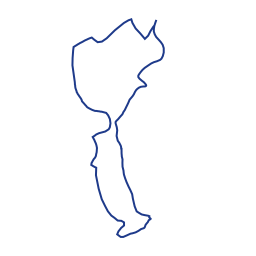 Monchy/Careffe, Gros Islet, Saint Lucia (Albers equal-area conic projection), rotated 82°
{"feature_id": "8701671B75171816704867", "entity_name": "Monchy/Careffe", "entity_type": "district", "adm_level": 2, "iso_a3": "LCA", "parent_name": "Saint Lucia", "parent_adm1": "Gros Islet", "projection": "albers", "projection_center": [-60.95, 14.06], "detail": "fine", "context": "isolated", "style": "outline", "palette": "blue", "viewbox_px": 256, "rotation_deg": 82, "n_neighbors": 0, "source": "geoboundaries", "source_scale": "gbopen_adm2", "svg_char_len": 2992}
<svg xmlns="http://www.w3.org/2000/svg" viewBox="0 0 256 256"><g transform="rotate(82 128 128)"><path d="M126.6,147.3L128.3,151.0L129.1,157.4L130.0,160.4L130.8,161.7L132.0,164.2L134.2,163.4L134.9,163.1L136.8,162.6L138.8,162.0L140.6,161.7L141.9,161.6L143.6,161.5L144.2,161.7L145.3,161.9L146.7,162.2L147.9,162.5L149.3,163.1L150.6,163.5L151.6,163.9L152.9,164.9L154.1,166.3L155.4,167.3L156.5,168.1L157.7,169.0L159.5,169.5L160.2,168.6L161.0,167.7L161.6,166.9L162.0,166.4L162.3,165.9L162.6,165.4L162.9,165.0L170.3,166.3L184.0,165.5L194.9,163.9L202.2,161.5L207.7,159.5L212.4,156.7L215.1,153.9L218.2,151.1L219.0,147.5L220.9,145.1L221.1,145.1L224.0,145.5L226.0,148.7L229.1,151.9L231.8,153.5L234.1,151.2L234.9,150.3L235.2,147.8L234.3,144.5L233.7,142.5L233.0,140.2L232.9,138.2L232.4,134.9L231.3,131.9L229.9,129.1L229.4,126.3L228.8,125.4L227.8,124.8L226.4,124.1L225.2,122.9L224.0,121.5L222.2,120.3L221.4,118.5L221.1,118.2L220.7,118.4L219.5,119.4L218.3,119.1L217.7,120.2L216.6,123.6L215.5,126.5L213.6,128.9L211.8,131.0L206.5,132.3L203.2,132.6L198.6,133.0L194.1,133.1L189.6,134.4L186.1,135.6L181.2,137.0L177.1,137.9L173.5,138.5L171.6,138.5L169.5,138.4L165.6,138.8L161.9,138.4L158.3,137.8L155.2,138.1L154.4,138.0L152.3,137.9L147.6,137.3L147.5,137.6L145.8,137.5L145.5,137.5L144.4,137.7L142.4,138.4L141.5,138.7L139.2,139.9L134.3,140.4L128.8,139.0L125.7,139.0L121.8,139.6L120.4,139.5L119.4,138.6L118.0,136.7L116.4,134.9L115.0,133.3L113.7,131.7L111.4,130.2L109.8,128.7L107.1,126.9L105.5,125.8L103.1,124.2L100.1,122.4L98.9,121.0L98.0,120.0L97.1,119.0L95.4,117.5L93.4,116.2L91.7,114.8L90.6,113.4L89.6,111.6L89.0,109.6L89.0,107.4L89.2,105.2L89.0,104.5L88.5,104.1L87.9,104.1L86.9,104.6L84.9,105.9L83.1,107.7L80.7,109.8L79.2,110.6L78.9,110.7L78.2,110.6L77.6,110.5L76.5,109.7L74.6,107.9L72.5,105.6L70.8,103.1L69.1,99.7L67.3,96.0L66.4,93.1L65.9,89.9L65.0,86.7L64.0,85.2L61.6,83.5L58.2,82.1L53.9,81.5L50.4,82.1L47.6,83.5L45.3,85.0L41.8,87.4L38.9,88.5L36.0,89.0L33.5,88.6L30.5,87.7L30.1,87.5L31.3,88.9L35.1,92.2L39.4,95.2L42.1,98.9L40.8,99.7L35.9,102.8L30.5,106.6L24.5,109.0L20.8,109.6L21.4,112.5L23.4,117.4L29.4,127.4L36.2,136.6L38.8,141.8L38.8,146.1L35.9,149.1L33.4,151.3L33.7,153.0L34.0,154.1L34.2,154.9L34.6,156.1L35.0,157.5L35.4,158.8L36.0,160.2L36.7,162.1L37.2,163.7L37.7,164.8L38.1,165.8L38.3,166.4L38.8,167.3L39.1,168.1L39.5,169.0L40.0,170.1L40.2,170.6L43.5,171.5L50.9,173.1L58.2,174.3L67.6,174.3L73.8,174.3L75.0,174.3L76.6,174.4L77.5,174.5L78.4,174.4L79.6,174.5L80.6,174.5L81.7,174.4L82.5,174.2L83.6,174.0L84.5,173.8L85.3,173.8L86.1,173.4L86.9,173.2L87.6,172.9L88.3,172.5L90.0,171.7L91.5,170.9L92.4,170.5L93.3,170.1L95.2,169.8L98.0,167.9L99.3,167.1L100.2,166.4L101.2,165.9L101.9,165.3L102.7,164.3L103.8,162.8L105.3,160.6L105.7,159.7L106.2,158.9L106.5,158.1L106.7,156.9L106.9,156.2L107.2,155.4L107.4,154.4L108.0,152.8L108.2,151.8L110.0,147.5L112.7,145.9L116.6,144.7L120.9,144.7L124.8,145.9L126.6,147.3ZM24.9,84.9L27.6,86.3L30.1,87.5L27.2,86.1L24.9,84.9Z" fill="none" stroke="#1e3a8a" stroke-width="2"/></g></svg>